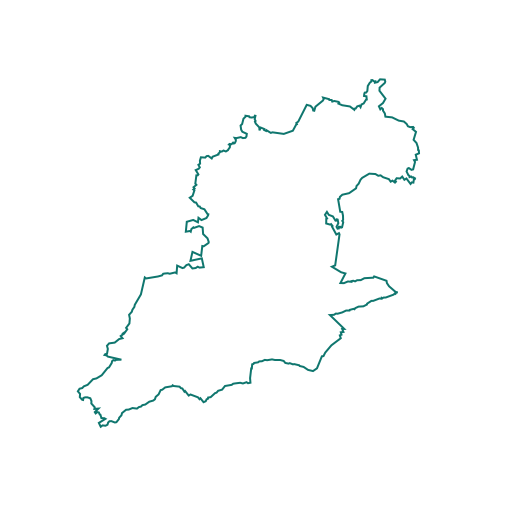 Atlixco, Puebla, Mexico, rotated 282°
{"feature_id": "50627088B38738357481800", "entity_name": "Atlixco", "entity_type": "district", "adm_level": 2, "iso_a3": "MEX", "parent_name": "Mexico", "parent_adm1": "Puebla", "projection": "albers", "projection_center": [-98.439, 18.901], "detail": "fine", "context": "isolated", "style": "outline", "palette": "teal", "viewbox_px": 512, "rotation_deg": 282, "n_neighbors": 0, "source": "geoboundaries", "source_scale": "gbopen_adm2", "svg_char_len": 6113}
<svg xmlns="http://www.w3.org/2000/svg" viewBox="0 0 512 512"><g transform="rotate(282 256 256)"><path d="M172.1,342.8L175.9,343.8L184.3,348.3L193.2,356.0L195.8,354.5L196.8,356.0L199.0,354.8L199.9,357.3L202.5,355.5L203.0,357.5L213.6,340.6L214.7,344.5L216.3,346.1L216.5,347.8L218.7,352.0L221.4,355.5L222.1,358.8L222.8,358.9L224.6,362.5L224.4,363.4L225.6,363.9L227.8,366.8L229.1,371.5L231.6,374.6L232.5,374.6L236.1,378.2L236.5,380.0L240.1,385.6L240.3,387.6L241.1,387.6L240.8,388.3L241.8,389.3L242.4,391.6L246.8,398.6L248.4,399.7L248.1,400.3L249.1,400.6L250.0,402.1L249.8,400.1L254.0,392.5L256.7,389.7L258.9,388.8L260.6,375.8L259.2,375.3L256.8,366.6L254.2,363.5L253.3,359.9L251.8,358.2L252.0,356.2L251.2,354.5L250.6,354.7L250.2,351.2L247.7,347.6L247.1,344.2L257.5,347.1L257.8,342.6L261.3,332.5L263.3,335.4L294.5,333.2L295.6,332.4L293.7,330.1L300.6,324.2L301.3,324.6L302.8,322.8L302.1,322.2L302.4,317.9L307.0,317.0L307.5,317.7L310.6,314.9L313.9,316.2L311.4,318.6L310.7,323.0L307.1,326.4L307.3,327.2L308.7,327.5L308.6,328.3L305.2,329.7L301.3,328.7L299.7,330.1L300.2,331.3L301.8,331.1L302.1,332.4L301.4,333.3L302.0,334.2L307.2,334.3L308.3,333.1L309.4,333.7L313.6,332.7L317.0,331.2L316.8,329.2L328.6,324.5L329.3,325.8L331.3,325.8L333.9,327.7L336.8,334.0L343.0,339.8L345.4,339.8L348.1,341.4L352.4,342.4L354.5,343.6L360.1,349.7L361.0,355.8L359.9,358.9L360.8,361.1L359.5,363.9L358.8,370.0L356.7,372.3L358.1,373.8L356.7,376.7L357.8,377.4L358.6,376.3L361.3,377.4L361.8,380.9L364.1,382.5L361.4,385.3L363.1,387.0L358.6,392.2L360.4,393.1L360.5,394.7L363.8,394.5L364.1,395.3L365.0,395.4L365.7,393.4L365.2,392.4L366.0,391.4L365.1,389.8L366.4,389.3L366.7,388.3L370.0,385.7L373.0,386.1L373.8,387.2L372.6,390.2L373.4,391.7L381.1,392.0L382.6,390.7L383.6,393.4L388.3,391.2L390.3,394.1L393.2,393.3L393.4,392.5L395.7,392.0L399.9,389.5L402.4,386.0L410.7,386.7L412.7,382.8L414.2,383.7L414.9,382.9L414.1,380.0L414.5,377.6L416.4,376.0L418.3,372.7L418.1,367.5L419.9,360.3L419.2,353.6L422.2,352.4L424.6,350.0L426.0,349.7L426.9,348.2L425.3,347.1L428.0,345.1L432.0,348.4L436.8,350.0L443.3,342.4L446.4,341.9L452.1,346.0L453.4,346.2L455.3,345.3L454.6,340.6L451.4,338.8L450.3,336.4L451.6,336.3L451.2,335.5L452.3,333.3L452.0,332.3L450.6,332.5L449.2,331.3L445.5,330.0L440.6,330.6L438.8,329.8L438.4,328.4L437.2,328.2L435.0,328.4L435.2,330.8L432.1,331.8L431.8,331.1L427.6,329.6L426.2,327.7L423.3,327.3L424.6,326.0L423.4,323.9L420.9,322.8L420.6,321.7L419.5,321.7L421.8,316.8L421.4,309.0L422.2,305.0L423.3,305.5L423.9,304.8L423.9,300.3L422.9,298.5L424.3,297.6L423.9,295.3L424.6,294.9L424.9,288.7L423.6,289.6L421.9,289.1L414.4,283.1L410.2,282.8L410.2,281.7L412.4,280.7L414.2,278.1L414.4,274.2L396.3,269.4L394.5,267.8L393.4,268.6L393.0,268.0L386.2,266.0L381.2,257.8L380.4,246.4L379.5,244.9L381.2,240.1L380.4,239.9L381.0,237.7L381.9,237.8L382.6,233.9L379.6,233.3L382.5,232.5L385.4,228.3L387.2,227.0L388.0,227.5L389.5,226.3L393.0,226.3L393.0,225.7L391.5,225.5L390.5,222.8L390.4,220.8L391.2,220.2L391.0,216.6L390.1,216.8L387.7,215.2L382.2,215.0L380.4,213.8L376.5,215.2L374.7,216.8L373.6,221.6L370.9,221.8L369.4,221.1L368.6,218.7L369.1,216.4L367.2,212.2L367.1,210.6L365.4,212.2L363.9,212.3L361.9,211.7L361.4,210.9L362.1,210.0L360.2,208.8L360.1,206.8L359.4,206.4L359.2,207.5L356.8,207.8L353.6,206.4L354.1,207.0L352.0,204.8L352.4,202.3L351.0,200.8L351.0,198.9L349.9,199.1L348.3,197.9L347.5,198.2L344.1,192.9L342.2,192.4L344.0,188.5L343.4,186.9L341.7,185.9L341.1,181.6L337.6,181.3L334.7,182.1L333.2,180.7L331.0,182.6L329.4,181.8L327.5,179.2L323.8,182.7L322.8,182.2L322.5,180.9L314.2,181.6L313.2,182.9L310.3,180.6L309.2,181.9L308.0,180.9L307.4,182.1L301.7,181.5L299.2,179.1L295.7,184.6L295.8,186.3L292.6,189.2L292.7,190.7L291.4,191.9L291.0,195.8L287.0,199.8L286.9,200.7L285.8,200.7L282.8,199.6L279.8,195.2L281.4,191.8L276.9,192.2L278.2,187.1L275.1,181.2L265.2,182.3L266.7,186.1L266.2,187.1L268.9,187.2L271.0,188.8L270.6,189.5L273.4,194.1L272.7,197.9L266.5,199.7L263.2,204.9L259.8,206.9L258.8,206.8L254.6,202.8L254.6,201.4L244.8,202.3L246.8,193.0L237.7,192.9L242.4,203.5L234.2,207.2L232.9,203.2L233.4,201.2L231.7,199.5L230.6,196.4L234.0,191.9L232.6,189.8L229.7,188.1L228.9,186.6L230.2,180.9L222.6,181.9L223.1,180.3L220.7,175.3L220.8,173.3L219.8,170.1L219.3,168.9L217.5,168.1L215.6,164.4L211.2,153.2L211.9,151.7L194.5,151.4L183.1,147.6L180.9,147.6L177.8,146.3L175.6,146.1L172.1,144.1L168.6,145.6L163.7,146.2L158.7,143.9L157.6,145.3L153.3,143.4L153.7,143.0L152.5,141.9L152.1,142.5L149.6,140.3L147.8,142.5L146.3,139.4L141.9,135.8L140.0,130.5L137.2,128.9L134.3,130.4L129.4,130.6L128.6,128.9L127.7,128.5L127.7,130.4L126.8,132.1L126.6,145.9L125.4,140.9L124.4,139.8L124.5,138.1L123.2,137.1L121.3,137.1L116.5,135.4L115.6,134.1L107.3,129.9L103.1,125.4L101.6,122.2L95.0,118.1L92.7,114.7L90.7,113.5L89.5,111.0L86.6,109.9L84.5,112.6L81.3,113.0L79.2,115.9L79.2,116.8L81.3,116.7L82.2,118.2L82.7,120.3L82.4,123.5L79.9,125.2L77.5,125.6L74.5,129.7L72.8,129.7L74.0,133.6L69.8,130.8L68.7,131.9L70.3,133.2L70.3,134.8L68.5,136.1L68.4,136.8L65.3,138.5L65.8,141.4L65.4,142.6L60.1,137.0L56.7,139.6L58.4,141.1L58.7,144.1L60.1,145.8L62.4,146.0L63.9,147.0L64.4,148.9L63.8,152.6L64.4,154.0L68.0,155.8L69.4,155.8L72.2,157.5L74.5,157.6L78.6,160.9L79.3,163.4L81.6,166.8L82.0,171.3L83.9,172.9L84.8,174.8L86.5,175.9L87.7,178.6L91.3,181.9L93.2,185.5L94.8,186.9L97.4,187.2L100.4,189.5L105.0,190.6L105.7,192.1L108.6,194.5L111.1,200.8L112.2,201.4L111.7,202.3L112.3,208.4L111.1,210.0L111.1,211.5L108.4,214.2L109.2,214.7L105.5,219.2L106.9,220.7L105.7,228.6L104.2,230.5L105.3,231.2L102.1,235.1L103.5,237.0L105.6,237.5L106.4,238.7L107.6,238.6L108.5,241.0L113.4,244.5L114.1,245.8L116.3,247.0L118.2,250.6L122.4,252.7L124.9,259.0L126.3,260.2L127.0,262.0L128.7,266.9L128.6,269.7L130.6,273.0L129.9,274.6L130.9,276.9L135.3,275.6L145.0,274.7L145.1,275.3L149.3,274.8L149.9,276.0L151.0,276.4L152.4,280.1L153.6,281.1L154.3,283.7L156.2,286.2L156.4,288.6L158.2,293.2L158.2,296.1L159.3,301.2L159.1,304.9L157.5,306.9L157.5,310.2L158.2,311.3L157.7,314.7L158.2,315.8L158.1,320.9L157.5,321.6L157.4,325.6L155.4,330.6L155.3,335.7L158.8,339.0L171.6,341.3L172.1,342.8Z" fill="none" stroke="#0f766e" stroke-width="2"/></g></svg>